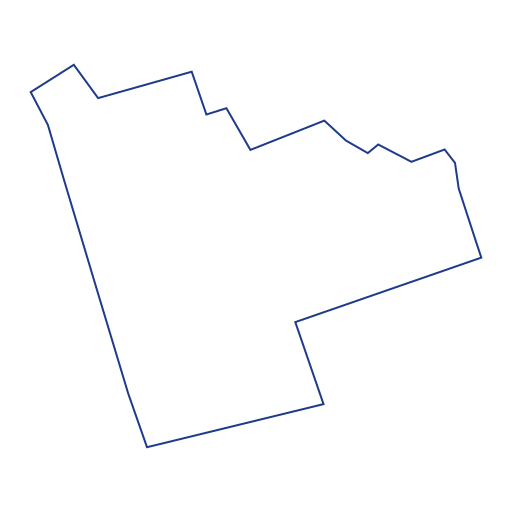 Rupea, Brasov, Romania (Albers equal-area conic projection)
{"feature_id": "2599482B289507895873", "entity_name": "Rupea", "entity_type": "district", "adm_level": 2, "iso_a3": "ROU", "parent_name": "Romania", "parent_adm1": "Brasov", "projection": "albers", "projection_center": [25.263, 46.025], "detail": "fine", "context": "isolated", "style": "outline", "palette": "blue", "viewbox_px": 512, "rotation_deg": 0, "n_neighbors": 0, "source": "geoboundaries", "source_scale": "gbopen_adm2", "svg_char_len": 427}
<svg xmlns="http://www.w3.org/2000/svg" viewBox="0 0 512 512"><path d="M73.8,64.8L30.7,92.1L47.9,124.9L63.7,178.9L96.0,286.7L128.2,393.5L147.0,447.2L323.5,404.1L295.3,322.1L322.4,312.7L481.3,257.6L475.6,240.4L458.7,188.5L455.0,162.9L444.6,149.5L411.4,161.8L378.2,144.5L367.8,153.1L346.0,140.6L324.3,120.6L250.4,149.9L226.4,108.2L206.4,114.5L191.7,71.7L98.1,98.1L73.8,64.8Z" fill="none" stroke="#1e3a8a" stroke-width="2"/></svg>